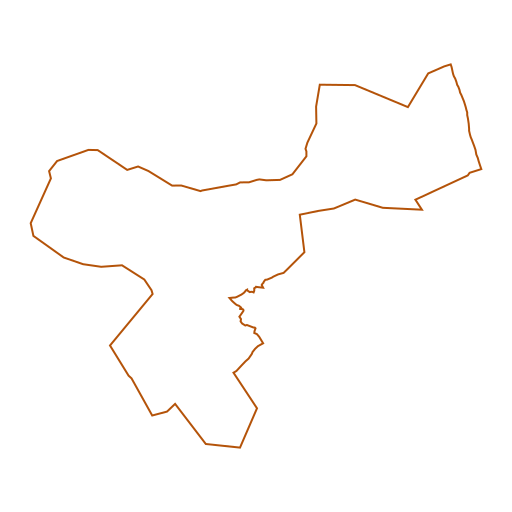 Ifelodun, Osun, Nigeria (Albers equal-area conic projection)
{"feature_id": "59680162B54301811333050", "entity_name": "Ifelodun", "entity_type": "district", "adm_level": 2, "iso_a3": "NGA", "parent_name": "Nigeria", "parent_adm1": "Osun", "projection": "albers", "projection_center": [4.686, 7.929], "detail": "fine", "context": "isolated", "style": "outline", "palette": "amber", "viewbox_px": 512, "rotation_deg": 0, "n_neighbors": 0, "source": "geoboundaries", "source_scale": "gbopen_adm2", "svg_char_len": 2104}
<svg xmlns="http://www.w3.org/2000/svg" viewBox="0 0 512 512"><path d="M257.0,408.3L233.5,372.7L236.4,371.0L241.4,365.6L245.5,361.3L248.6,358.6L251.9,353.8L252.5,352.1L255.1,348.8L258.0,346.1L263.1,343.3L259.2,336.8L256.9,334.1L254.3,333.0L254.5,331.2L255.5,328.3L254.8,327.6L253.4,327.5L246.9,325.0L245.3,325.5L242.1,323.5L240.6,321.4L241.0,319.1L239.4,316.7L243.3,311.1L243.5,310.4L243.3,309.7L242.6,309.1L240.2,309.0L240.2,308.5L241.0,307.5L239.0,305.8L237.0,305.1L235.9,304.4L233.4,302.2L232.0,300.9L229.5,298.0L233.0,297.6L235.3,297.5L237.1,296.8L239.8,295.4L241.4,294.6L243.8,292.9L245.1,291.5L245.8,290.4L247.1,289.7L247.1,290.3L248.6,291.3L249.7,292.1L251.3,291.8L252.4,291.9L253.6,292.4L254.2,290.9L254.3,289.8L254.2,288.3L254.9,287.8L255.7,287.5L256.0,286.8L258.6,287.2L263.1,287.7L262.4,286.3L261.7,285.0L262.5,283.7L263.5,282.7L263.8,281.7L265.3,279.8L267.1,279.6L271.9,277.6L273.2,276.7L278.1,274.4L283.6,272.9L288.5,268.1L304.4,252.2L299.8,214.7L318.4,210.9L333.9,208.5L355.2,199.6L382.8,207.8L421.9,209.7L415.4,199.7L467.8,175.4L469.6,172.8L481.3,169.1L480.0,165.3L478.6,161.0L477.8,158.0L476.3,154.5L475.5,149.9L474.1,145.8L472.8,142.4L471.8,139.7L470.8,137.4L470.1,135.1L469.1,130.8L469.1,128.7L468.7,123.7L467.9,118.3L467.2,115.1L467.2,112.4L466.4,109.9L465.8,107.4L465.0,104.7L463.9,101.2L462.7,98.3L461.3,94.9L460.1,92.6L459.5,89.9L458.3,86.7L457.2,84.9L456.4,81.9L455.2,78.6L453.9,76.3L453.2,74.3L452.7,72.3L452.4,70.8L451.6,67.1L450.7,64.4L444.2,66.4L428.2,73.4L407.9,107.1L355.0,85.1L319.8,84.7L316.1,106.6L316.4,123.5L307.4,142.6L305.5,148.8L306.4,151.4L306.4,156.3L292.4,174.3L280.0,179.9L266.3,180.3L259.4,179.4L256.7,179.9L249.0,182.3L240.1,182.4L236.2,184.4L228.1,185.8L202.1,190.5L200.5,191.1L181.2,185.5L172.1,185.6L148.4,171.0L138.1,166.5L127.2,169.9L97.7,150.1L88.4,149.9L57.1,161.0L49.1,171.1L50.9,178.4L30.7,223.2L33.4,235.9L63.7,257.5L83.1,264.2L101.2,266.8L122.0,265.3L144.3,279.5L151.5,290.2L152.6,294.0L110.0,345.5L128.6,375.7L131.5,378.3L152.2,415.5L167.0,411.6L175.1,403.9L205.8,444.0L240.0,447.6L257.0,408.3Z" fill="none" stroke="#b45309" stroke-width="2"/></svg>